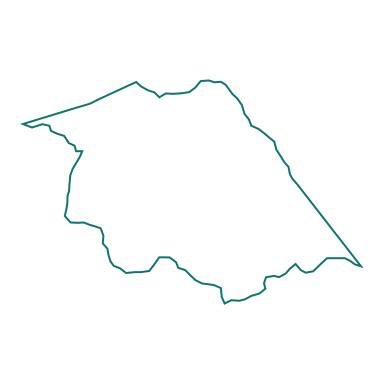 the district of Itapororoca, Paraíba, Brazil
{"feature_id": "56859067B24843901347599", "entity_name": "Itapororoca", "entity_type": "district", "adm_level": 2, "iso_a3": "BRA", "parent_name": "Brazil", "parent_adm1": "Paraíba", "projection": "orthographic", "projection_center": [-35.262, -6.812], "detail": "fine", "context": "isolated", "style": "outline", "palette": "teal", "viewbox_px": 384, "rotation_deg": 0, "n_neighbors": 0, "source": "geoboundaries", "source_scale": "gbopen_adm2", "svg_char_len": 1424}
<svg xmlns="http://www.w3.org/2000/svg" viewBox="0 0 384 384"><path d="M113.7,265.8L120.1,268.4L126.1,273.0L135.1,272.1L141.0,272.1L149.2,271.0L155.2,263.2L159.2,257.3L169.6,257.4L176.1,262.3L178.2,267.8L185.3,270.2L191.4,276.3L195.5,280.2L202.2,283.5L208.7,284.3L214.3,285.2L220.9,288.1L221.7,296.8L224.6,303.5L231.4,300.2L239.2,300.8L245.0,299.3L251.3,295.9L259.4,293.5L265.4,288.7L264.0,283.2L266.0,277.3L274.0,275.9L279.2,277.1L285.6,273.6L290.2,268.4L295.6,264.0L300.8,270.1L305.7,272.7L313.2,271.3L320.1,264.6L327.0,258.2L336.3,258.2L344.8,258.2L350.1,260.8L354.7,264.3L361.0,266.3L297.0,184.0L292.4,178.8L289.9,174.2L288.5,166.9L284.4,162.3L281.0,156.8L276.3,149.5L274.3,141.7L268.9,137.3L263.7,132.9L258.6,129.0L251.3,125.7L249.0,119.6L244.5,113.8L241.9,105.1L237.3,98.5L232.6,94.2L229.2,89.6L225.7,84.8L220.9,81.8L214.7,82.3L208.8,80.5L200.7,81.1L195.2,87.7L189.2,92.1L181.4,93.3L173.3,93.8L165.6,93.5L159.4,97.3L154.4,92.4L148.0,90.3L141.0,86.4L136.2,82.0L100.4,98.5L89.9,103.7L69.4,109.8L23.0,124.0L32.0,127.5L42.3,124.2L49.3,125.7L51.0,130.9L57.4,133.8L64.2,135.9L68.8,143.1L74.6,145.7L76.1,151.2L82.2,151.2L80.0,156.5L75.8,163.7L72.8,168.6L70.3,175.3L69.4,185.1L69.1,191.0L67.5,196.2L67.4,202.3L66.6,208.0L64.8,216.0L70.5,222.5L78.0,222.8L83.8,222.5L89.9,224.9L95.8,226.6L100.8,228.4L103.4,235.8L102.8,243.5L107.4,248.7L108.6,255.4L110.5,261.4L113.7,265.8Z" fill="none" stroke="#0f766e" stroke-width="2"/></svg>